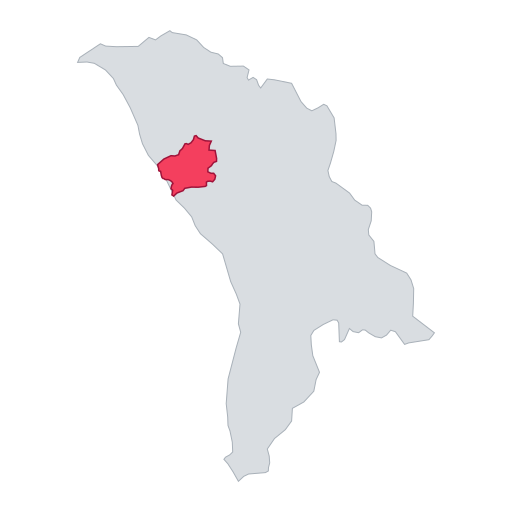 Făleşti highlighted on a map of Moldova
{"feature_id": "MDA-1620", "entity_name": "Făleşti", "entity_type": "District", "adm_level": 1, "iso_a3": "MDA", "parent_name": "Moldova", "parent_adm1": "", "projection": "albers", "projection_center": [27.695, 47.571], "detail": "fine", "context": "in_parent", "style": "filled", "palette": "rose", "viewbox_px": 512, "rotation_deg": 0, "n_neighbors": 0, "source": "natural_earth", "source_scale": "10m", "svg_char_len": 2839}
<svg xmlns="http://www.w3.org/2000/svg" viewBox="0 0 512 512"><path d="M77.6,62.4L79.8,57.4L100.4,43.8L105.7,46.1L116.4,46.7L138.2,46.4L148.9,37.4L155.5,39.9L160.9,35.9L169.9,30.7L171.2,31.8L172.3,32.6L186.2,34.9L196.7,39.9L203.7,47.5L210.9,52.2L218.3,54.0L222.5,57.7L223.3,63.5L230.3,66.3L243.4,66.1L249.0,69.9L247.1,77.6L248.5,80.1L253.1,77.4L256.6,79.7L258.6,85.3L260.7,88.0L267.3,79.0L274.4,79.8L291.6,83.3L301.0,101.6L306.8,108.2L311.8,110.8L318.1,107.8L323.7,104.3L326.9,105.8L334.1,117.9L336.0,133.9L336.1,140.4L333.8,151.3L330.5,162.9L327.9,170.5L329.2,176.5L331.8,181.5L335.9,183.1L349.6,193.1L354.7,200.1L362.1,205.2L367.7,205.3L370.6,208.2L371.7,211.8L371.2,220.9L368.3,229.6L368.8,235.0L373.9,241.4L374.6,249.0L375.0,253.8L377.8,257.5L390.4,265.5L406.7,273.1L411.0,279.9L413.7,288.6L413.4,303.3L412.7,316.2L434.4,332.8L432.1,336.0L428.9,339.7L408.7,342.9L404.6,344.4L395.4,331.7L390.7,330.2L386.5,335.1L381.5,337.9L375.3,336.7L368.6,332.8L365.3,330.1L362.6,329.8L358.6,332.7L353.1,331.6L349.4,328.5L344.5,339.6L341.4,342.0L339.4,341.7L338.7,323.0L337.1,320.2L333.0,319.8L323.2,324.5L313.9,330.4L310.8,335.5L311.3,344.7L312.8,355.7L319.5,372.3L316.1,379.6L313.8,391.2L303.8,402.0L292.4,408.3L291.6,421.0L285.3,429.7L274.5,438.5L267.3,449.0L269.2,456.1L269.7,462.9L268.5,467.5L268.3,471.0L265.4,472.6L248.6,474.0L243.8,476.3L238.4,481.3L233.1,471.9L227.8,463.7L223.9,459.3L225.5,457.2L229.7,454.9L232.7,452.0L232.3,442.2L230.0,431.0L228.0,425.5L227.7,417.0L226.2,403.6L228.1,378.9L236.2,347.8L240.7,332.3L238.4,323.8L240.0,304.1L236.4,294.3L230.7,281.6L222.6,253.9L212.6,244.3L200.4,233.7L195.2,225.7L191.7,216.9L184.4,208.1L176.1,200.1L166.3,179.9L161.2,170.8L159.6,168.4L148.4,155.4L142.5,143.8L139.6,134.2L137.9,125.3L130.2,107.7L123.1,94.5L116.4,85.1L113.4,78.5L105.5,70.0L94.3,63.3L87.0,62.0L77.6,62.4Z" fill="#d9dde1" stroke="#a8b0b8" stroke-width="1"/><path d="M157.8,165.5L157.6,164.6L163.9,159.0L171.0,155.7L174.9,156.0L178.6,154.7L179.9,150.8L181.2,149.7L182.5,148.4L185.0,143.8L186.5,143.6L188.1,144.4L191.0,142.8L193.4,139.7L194.4,136.1L196.1,135.6L198.2,138.0L200.8,139.0L205.3,140.8L211.3,141.1L209.4,145.4L209.0,150.1L215.1,150.5L216.6,158.5L216.5,161.4L213.9,162.3L212.6,163.8L211.4,165.7L208.0,168.2L207.8,171.8L211.0,173.3L213.7,173.3L215.6,175.8L214.8,179.3L212.6,181.8L210.1,181.1L207.7,181.3L206.4,182.1L206.5,185.6L205.2,186.4L198.2,187.2L191.5,187.1L184.8,188.3L183.0,190.7L177.0,193.0L174.4,195.4L173.6,196.1L173.4,195.9L171.9,194.9L172.7,190.3L171.0,188.7L171.3,187.0L171.7,185.5L172.2,184.3L173.0,183.7L172.3,182.2L171.0,181.0L169.5,180.1L168.2,179.6L165.4,179.6L164.8,179.3L164.4,178.9L163.9,178.6L163.0,178.5L162.0,177.5L161.3,175.3L160.6,171.3L160.4,171.2L159.3,171.1L158.9,170.8L158.7,170.2L158.7,168.8L158.6,168.3L158.3,167.4L157.8,165.5Z" fill="#f43f5e" stroke="#9f1239" stroke-width="1.5"/></svg>